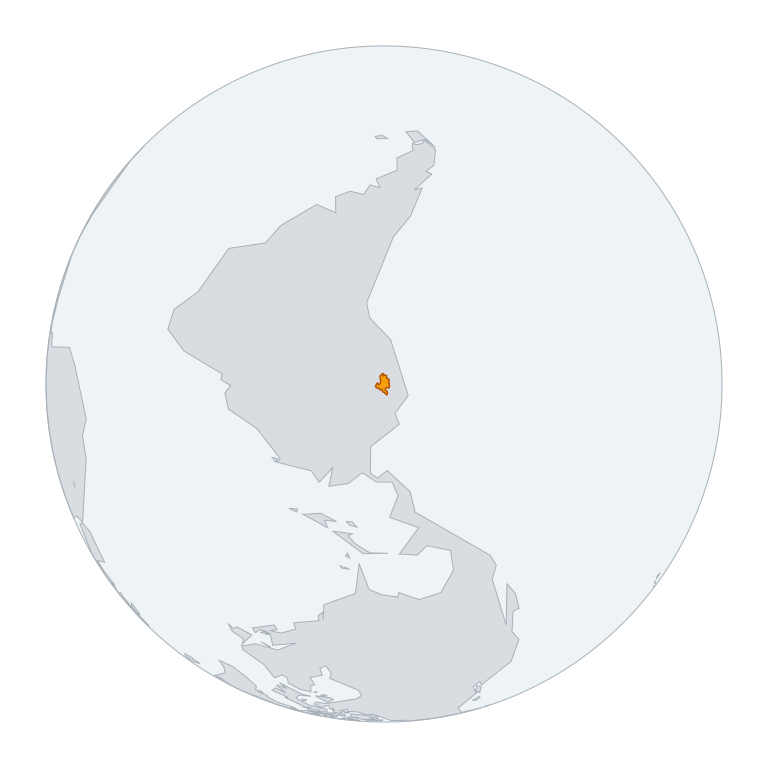 San Martín highlighted on a globe, orthographic projection, rotated 194°
{"feature_id": "PER-582", "entity_name": "San Martín", "entity_type": "Department", "adm_level": 1, "iso_a3": "PER", "parent_name": "Peru", "parent_adm1": "", "projection": "orthographic", "projection_center": [-76.762, -7.06], "detail": "fine", "context": "on_globe", "style": "filled", "palette": "amber", "viewbox_px": 768, "rotation_deg": 194, "n_neighbors": 0, "source": "natural_earth", "source_scale": "10m", "svg_char_len": 8692}
<svg xmlns="http://www.w3.org/2000/svg" viewBox="0 0 768 768"><g transform="rotate(194 384 384)"><circle cx="384" cy="384" r="338" fill="#eef3f6" stroke="#a8b0b8"/><path d="M278.1,63.1L278.9,63.6L295.8,59.2L314.9,60.9L319.9,58.7L330.3,59.5L340.0,57.6L340.8,59.5L347.8,56.6L345.2,55.4L347.4,53.9L352.9,53.1L354.8,54.9L352.4,55.6L355.8,55.8L354.4,57.2L358.2,56.0L359.9,59.0L366.3,55.0L374.4,56.6L373.4,58.9L363.0,60.0L334.6,71.7L330.4,76.3L334.8,80.7L365.5,85.2L365.1,90.5L372.4,96.6L377.4,92.5L373.5,86.4L384.7,81.3L378.6,75.6L382.3,73.1L380.3,67.7L392.0,67.5L404.4,70.6L406.7,75.4L412.2,77.3L419.3,72.5L432.4,82.6L456.4,92.0L458.6,95.4L446.2,100.8L422.9,100.1L406.8,111.2L428.8,103.5L433.8,113.7L439.4,115.7L445.8,115.3L448.5,111.5L452.6,115.5L432.4,123.5L428.4,120.0L434.8,117.1L423.9,117.4L410.3,124.7L413.9,130.4L389.6,138.7L391.9,143.1L387.9,148.1L385.9,140.1L389.0,155.2L361.0,173.8L364.7,203.7L348.6,180.9L335.2,179.0L319.1,180.5L319.4,185.2L297.8,183.3L278.4,195.3L271.5,220.2L279.1,238.6L303.2,237.5L310.3,226.1L327.9,222.8L315.5,253.1L346.3,255.9L343.3,279.0L352.3,290.7L367.7,287.1L383.6,292.6L394.7,278.8L412.8,271.4L413.5,290.3L423.2,273.0L433.5,282.2L469.3,282.2L466.6,286.4L496.8,310.2L528.8,322.0L536.2,336.8L532.5,345.4L543.4,348.8L543.5,354.6L586.1,367.6L607.0,385.0L605.7,405.8L587.1,427.9L567.4,478.0L533.1,492.2L522.6,512.7L492.8,541.9L472.2,538.4L476.3,554.1L463.4,562.9L449.6,562.9L445.7,573.7L435.4,573.6L441.3,581.1L422.9,594.7L426.2,606.5L412.4,617.6L414.9,624.4L410.3,624.1L405.0,626.6L404.0,630.3L390.6,623.8L388.5,608.4L394.6,600.7L388.5,599.3L401.6,579.5L394.4,583.4L398.9,553.5L410.5,528.9L420.5,458.5L413.8,444.6L388.3,428.6L357.7,378.7L366.3,358.1L359.4,348.8L381.8,320.0L375.7,294.4L367.7,290.9L359.9,300.8L332.5,285.7L322.8,267.2L239.6,243.5L231.3,235.4L231.7,220.8L207.1,179.5L216.3,219.8L206.1,212.9L198.6,199.1L203.7,194.7L199.9,174.7L191.3,168.9L193.6,145.7L216.8,115.5L219.0,118.6L224.3,112.0L221.8,108.1L218.9,107.4L233.8,87.4L229.2,84.2L216.7,90.5L228.0,84.3L211.1,93.6L232.7,81.9L255.0,71.7L278.1,63.1ZM70.3,267.7L72.7,260.5L72.4,263.9L70.3,267.7ZM73.5,256.9L72.8,259.2L73.2,257.4L73.5,256.9ZM73.3,256.2L73.4,256.7L73.0,256.9L73.3,256.2ZM72.8,256.3L73.2,255.9L73.0,256.3L72.8,256.3ZM363.1,214.3L398.3,228.8L378.5,231.0L382.2,228.1L373.3,222.0L356.6,216.7L339.2,220.8L363.1,214.3ZM73.0,254.1L73.1,253.4L73.8,252.3L73.0,254.1ZM378.4,196.8L372.3,195.8L378.3,195.5L378.4,196.8ZM216.5,107.9L221.1,108.6L220.9,113.9L216.4,113.6L216.5,107.9ZM217.8,99.7L221.8,98.3L215.5,104.3L215.2,103.1L217.8,99.7ZM206.3,96.6L208.8,95.3L204.1,98.0L206.3,96.6ZM374.0,68.4L377.1,68.1L375.9,69.2L374.0,68.4ZM370.3,66.6L366.7,68.2L364.3,67.6L366.6,66.6L370.3,66.6ZM375.3,64.9L360.7,66.5L356.7,65.6L362.0,61.4L375.3,64.9ZM342.0,55.5L345.0,56.7L337.5,56.6L342.0,55.5ZM336.6,55.9L310.4,59.7L308.7,58.1L317.8,56.8L311.6,56.2L323.7,53.4L329.8,53.2L328.5,54.5L334.2,52.6L336.6,55.9ZM347.7,53.4L342.6,54.0L340.7,52.5L350.7,51.2L348.1,52.0L347.7,53.4ZM304.0,57.7L304.4,56.8L314.4,54.2L315.8,53.7L323.8,53.3L304.0,57.7ZM351.3,51.9L355.9,50.6L361.7,50.6L352.6,52.8L351.3,51.9ZM336.0,52.9L335.6,52.3L339.1,52.1L336.0,52.9ZM384.9,51.3L378.7,51.4L377.3,50.5L384.9,51.3ZM357.2,50.2L355.1,50.2L353.9,50.0L358.0,49.3L357.2,50.2ZM330.3,51.8L334.3,51.1L327.5,51.7L334.7,50.4L338.7,50.6L340.0,49.9L342.2,49.5L343.0,50.2L330.3,51.8ZM358.3,48.4L365.9,49.1L377.7,48.8L379.3,49.4L360.1,49.9L358.3,48.4ZM349.3,49.3L355.3,48.7L354.3,49.4L349.5,50.3L349.3,49.3ZM338.1,49.5L326.1,51.6L325.6,51.5L338.1,49.5ZM362.0,48.0L360.0,47.9L362.9,47.9L362.0,48.0ZM345.6,48.7L341.4,49.3L341.0,49.2L345.6,48.7ZM359.7,47.5L362.1,47.6L359.0,48.0L359.7,47.5ZM353.4,47.9L353.8,47.7L356.4,48.1L351.6,48.2L353.4,47.9ZM345.9,48.6L344.3,48.7L347.7,48.4L345.9,48.6ZM370.1,46.5L374.2,46.8L367.3,47.5L364.3,46.9L370.1,46.5ZM412.6,637.6L391.5,626.2L403.5,631.3L413.0,625.6L423.6,634.2L412.6,637.6ZM440.0,623.0L450.3,620.2L452.5,622.2L445.8,624.7L440.0,623.0ZM625.9,148.1L627.0,149.6L645.3,174.9L643.3,176.4L634.4,170.3L612.0,143.5L619.1,143.4L611.3,135.5L596.4,123.7L599.8,125.2L594.6,120.9L596.0,121.1L587.1,114.0L607.2,130.3L625.9,148.1ZM674.4,556.8L684.7,538.0L707.6,479.1L714.5,454.2L718.2,433.9L720.8,387.3L720.8,363.5L719.6,352.7L718.2,353.8L715.8,341.0L714.2,339.9L698.1,343.5L688.2,326.6L664.5,278.1L663.9,260.4L655.0,239.6L643.0,177.0L650.3,181.8L652.3,178.5L666.0,197.8L678.3,218.0L689.2,239.0L698.6,260.7L706.5,283.0L712.7,305.8L717.4,329.0L720.4,352.5L721.8,376.1L721.6,399.7L719.6,423.3L716.1,446.7L710.9,469.8L704.1,492.4L695.7,514.5L685.8,536.0L674.4,556.8ZM658.6,208.7L661.7,214.6L658.6,208.7ZM470.4,282.0L474.7,285.8L469.1,285.7L470.4,282.0ZM375.9,238.5L383.2,238.7L387.2,241.5L381.5,242.5L375.9,238.5ZM437.8,238.7L446.2,240.4L437.5,241.7L437.8,238.7ZM403.8,230.8L431.0,238.0L414.1,243.2L396.9,239.1L408.7,237.4L403.8,230.8ZM375.2,206.8L379.8,207.9L378.5,211.1L375.2,206.8ZM382.7,196.8L381.0,197.0L378.6,194.6L382.7,196.8ZM434.9,113.2L436.7,112.7L443.3,113.3L440.4,114.9L434.9,113.2ZM471.4,107.4L477.2,114.0L471.0,110.0L468.1,112.8L451.5,108.6L458.8,97.0L458.5,102.6L471.4,107.4ZM431.4,101.2L441.1,104.2L430.2,101.4L431.4,101.2ZM564.6,100.4L569.4,103.0L575.3,107.4L576.0,110.3L567.5,103.6L564.6,100.4ZM574.8,105.9L554.1,93.0L552.9,91.6L557.1,94.4L558.3,94.8L565.4,99.5L584.4,112.1L590.9,117.0L588.7,117.8L585.9,114.4L581.3,111.6L574.8,105.9ZM503.6,71.3L494.6,68.1L503.5,68.8L510.8,71.9L512.0,74.1L504.0,72.0L503.6,71.3ZM387.5,58.4L383.5,58.9L382.9,58.1L385.9,57.1L387.5,58.4ZM382.1,51.4L404.4,56.0L401.0,56.6L418.2,59.8L415.7,63.0L404.7,60.5L415.7,66.0L404.7,65.0L413.2,68.9L388.9,63.1L379.5,63.3L390.9,61.7L393.4,58.7L391.6,57.4L379.6,54.5L360.6,54.4L360.0,52.3L364.7,50.9L369.2,50.5L368.1,51.8L374.8,50.5L376.8,52.2L382.1,51.4ZM448.6,52.3L448.1,52.2L452.0,53.0L455.9,53.9L461.0,55.1L461.7,55.6L468.1,57.3L464.8,56.7L475.7,59.7L467.9,57.8L472.1,59.5L477.4,60.4L468.4,65.2L470.6,70.2L476.7,76.0L462.5,73.3L447.7,66.8L434.8,60.0L434.6,56.2L428.3,56.2L426.3,54.6L432.2,55.3L422.0,53.5L422.0,52.5L410.4,49.4L395.7,48.6L391.1,47.9L396.8,47.8L388.2,47.3L395.9,46.9L392.8,46.6L397.3,46.4L410.1,47.1L448.6,52.3ZM393.7,46.2L395.2,46.3L383.8,46.8L385.6,47.1L378.7,48.5L366.6,48.5L369.7,48.0L369.9,47.6L373.6,47.7L370.8,47.3L374.9,46.8L373.9,46.6L379.0,46.4L371.8,46.3L382.5,46.1L393.7,46.2Z" fill="#d9dde1" stroke="#a8b0b8" stroke-width="1"/><path d="M378.8,374.1L379.0,374.3L379.2,374.5L379.4,374.6L380.1,374.8L380.5,375.0L380.7,375.3L380.9,375.4L381.2,375.7L381.4,375.8L381.6,375.9L382.8,375.9L383.0,376.0L383.3,376.1L383.6,376.4L383.7,376.6L383.8,376.7L384.0,377.3L384.2,377.6L384.3,377.8L384.5,377.9L384.6,378.0L384.8,378.0L385.0,378.0L385.4,377.9L386.2,377.3L386.4,377.3L386.5,377.3L386.8,377.4L386.9,377.6L387.1,377.8L387.5,378.2L387.6,378.3L387.8,378.4L388.0,378.5L388.5,378.4L389.0,378.4L389.4,378.4L390.1,378.5L390.4,378.6L390.8,378.8L391.0,378.9L391.4,379.3L391.5,379.6L391.6,379.8L391.4,381.6L391.4,381.8L391.3,382.3L391.2,382.5L390.9,382.9L390.8,383.1L390.7,383.3L390.4,383.3L390.3,383.2L389.8,382.6L389.7,382.4L389.4,382.3L389.2,382.2L388.8,382.2L388.7,382.2L388.5,382.3L388.4,382.4L388.2,382.7L387.9,383.3L387.8,383.6L387.9,383.9L387.9,384.0L388.0,384.1L388.0,384.3L387.9,385.6L387.9,385.9L388.0,386.2L388.1,386.6L389.5,389.6L389.7,390.2L389.7,390.4L389.7,390.6L389.7,390.8L389.1,391.5L388.9,392.0L388.9,392.3L388.7,392.9L388.4,393.1L388.1,393.6L388.0,393.8L387.8,393.9L387.7,393.9L387.5,393.7L387.4,393.7L387.4,393.4L387.3,393.2L387.3,392.9L387.2,392.9L387.1,392.7L386.9,392.4L386.8,392.1L386.7,391.8L386.4,391.9L386.4,392.0L386.4,392.5L386.3,392.8L386.2,393.0L385.8,393.1L385.0,393.0L384.8,392.9L384.3,392.8L384.1,392.7L383.9,392.7L383.5,392.8L383.4,392.7L383.2,391.2L382.8,390.5L382.7,390.5L382.5,390.4L382.3,390.3L382.1,390.2L381.9,390.1L381.3,390.0L381.2,389.9L380.9,390.0L380.7,390.0L380.5,389.9L380.4,389.8L380.3,389.7L380.2,389.5L380.3,389.5L380.3,389.4L380.3,389.1L380.0,388.6L379.9,388.4L379.9,388.1L379.8,387.9L379.8,387.7L380.0,387.2L379.9,386.9L379.6,386.5L379.4,386.3L379.3,386.2L379.1,386.0L379.0,385.6L378.9,385.5L378.9,385.3L379.1,385.0L379.1,384.9L379.0,384.7L378.7,384.4L378.5,383.9L378.4,383.8L378.3,383.7L378.2,383.5L378.1,383.4L378.0,383.2L378.2,382.5L378.3,381.9L378.3,381.6L378.3,381.4L378.4,381.2L378.6,381.1L378.8,381.2L379.0,381.3L379.3,381.4L379.6,381.4L379.9,381.4L380.0,381.4L380.4,381.3L380.5,381.2L380.7,380.9L380.8,380.7L381.0,380.4L381.5,379.9L381.6,379.6L381.5,379.1L381.4,378.8L381.2,378.6L381.0,378.4L380.8,378.3L380.5,378.2L379.8,378.0L379.5,377.9L379.4,377.8L379.3,377.7L379.1,377.5L379.0,377.2L378.4,376.1L378.4,375.9L378.5,375.7L378.5,375.4L378.4,374.8L378.4,374.7L378.5,374.6L378.6,374.3L378.8,374.1Z" fill="#f59e0b" stroke="#b45309" stroke-width="1.5"/></g></svg>